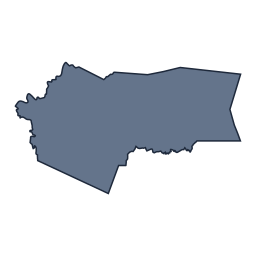 outline of Trinidad de Copan, Copán, Honduras
{"feature_id": "27666195B52553444667575", "entity_name": "Trinidad de Copan", "entity_type": "district", "adm_level": 2, "iso_a3": "HND", "parent_name": "Honduras", "parent_adm1": "Copán", "projection": "equal_earth", "projection_center": [-88.827, 14.944], "detail": "fine", "context": "isolated", "style": "filled", "palette": "slate", "viewbox_px": 256, "rotation_deg": 0, "n_neighbors": 0, "source": "geoboundaries", "source_scale": "gbopen_adm2", "svg_char_len": 5355}
<svg xmlns="http://www.w3.org/2000/svg" viewBox="0 0 256 256"><path d="M37.7,160.6L108.3,193.5L118.6,165.5L125.8,165.5L125.9,165.4L126.2,162.3L126.2,160.8L127.6,158.9L127.7,156.6L127.6,154.3L129.6,152.2L131.7,151.3L133.1,151.5L134.8,149.2L136.0,146.4L138.1,148.2L139.6,148.5L142.5,148.0L143.6,148.2L145.4,147.6L146.1,149.5L146.9,150.9L151.2,149.0L152.3,149.3L153.0,152.2L154.2,152.8L156.7,151.7L158.6,151.7L160.8,151.1L162.2,152.9L163.2,153.2L163.8,153.6L163.9,153.3L164.0,152.9L164.8,152.6L165.0,152.4L165.3,152.2L165.5,152.8L165.5,153.5L165.6,153.9L165.8,154.0L166.1,154.0L166.4,153.7L166.6,153.3L167.0,153.1L167.8,153.5L168.2,153.9L168.4,153.8L168.4,153.1L168.8,153.0L169.2,153.0L169.6,152.9L169.5,152.5L169.6,152.3L169.8,152.0L170.9,151.7L171.1,151.4L170.9,150.8L170.5,150.2L170.6,149.5L171.3,149.5L172.5,149.8L172.9,150.0L173.3,150.6L173.8,151.2L174.2,151.4L174.4,151.1L174.4,150.6L174.8,150.5L175.4,151.1L175.8,151.8L176.0,152.2L176.7,152.4L177.5,152.3L178.5,151.7L180.1,150.8L180.9,150.3L181.7,149.8L182.3,149.6L183.8,149.6L184.4,148.5L184.8,147.8L185.7,148.9L186.1,149.8L186.4,150.3L186.7,150.6L187.0,150.6L187.7,149.6L188.0,149.7L188.2,150.3L188.3,150.6L188.9,150.5L189.3,150.5L189.6,151.0L189.8,151.3L189.9,151.9L190.2,152.0L190.7,151.4L190.9,150.6L192.0,148.9L192.2,148.1L192.1,147.5L191.9,146.5L192.1,146.0L192.7,145.6L193.0,144.8L193.5,144.1L194.6,143.3L195.1,142.5L195.7,142.3L197.0,140.9L240.4,140.9L238.1,134.6L237.1,132.0L234.3,125.1L229.9,109.4L240.6,74.2L180.2,67.5L163.3,71.6L147.6,74.7L115.3,72.3L114.8,72.3L114.1,72.3L113.8,72.4L113.6,72.6L113.4,72.8L113.3,73.2L113.1,73.5L112.8,73.8L112.5,74.1L112.1,74.2L111.7,74.4L111.3,74.4L110.8,74.3L110.5,74.3L110.2,74.5L109.6,75.1L108.8,75.7L108.2,76.3L107.9,76.6L107.7,76.7L107.3,76.6L107.0,76.6L106.7,76.6L106.3,76.8L106.1,77.0L105.7,77.8L105.1,78.5L104.5,79.0L103.8,79.6L78.9,67.0L76.2,67.7L75.7,67.8L75.5,67.7L74.9,67.3L74.0,66.6L73.5,66.1L73.0,65.3L72.8,65.1L72.6,65.0L72.4,65.0L71.8,65.0L71.2,65.0L70.9,65.1L70.6,65.3L69.9,65.7L69.7,65.8L69.4,65.7L69.0,65.5L68.3,64.8L67.4,63.9L66.3,62.7L66.1,62.6L65.8,62.5L65.6,62.6L65.3,62.8L65.0,63.0L64.5,63.6L63.8,64.9L63.3,65.9L63.0,66.8L62.4,69.2L62.2,70.4L61.8,72.7L61.6,73.6L61.5,74.1L61.2,74.6L60.9,75.2L60.6,75.6L60.3,75.8L60.1,76.0L59.6,76.2L59.1,76.3L58.6,76.4L58.2,76.4L57.9,76.4L57.4,76.2L57.2,76.2L56.9,76.2L56.5,76.4L56.2,76.7L56.1,76.9L56.0,77.1L56.0,77.5L55.9,78.1L55.9,78.8L56.0,79.3L55.9,79.5L55.3,79.6L52.8,79.7L52.3,79.8L52.1,79.9L51.9,80.1L51.8,80.4L51.8,80.7L51.9,81.2L51.8,81.5L51.7,81.7L51.5,81.9L51.2,81.9L50.5,81.9L49.8,81.8L48.8,81.6L48.6,81.6L48.2,81.6L47.9,81.7L47.7,81.9L47.5,82.1L47.4,82.3L47.4,82.6L47.4,82.9L47.5,83.4L47.7,84.1L47.9,84.6L48.1,85.0L48.4,85.4L48.5,85.5L48.5,85.8L48.5,86.0L48.4,86.2L48.2,86.7L47.7,87.6L47.3,88.3L46.8,88.9L46.7,89.1L46.6,89.4L46.7,90.2L46.6,90.8L46.5,93.7L46.4,94.0L46.2,94.2L45.9,94.1L45.7,94.1L45.4,94.4L45.2,94.7L45.2,95.0L45.0,95.9L44.9,96.3L44.8,96.8L44.4,97.5L41.2,98.4L39.9,98.6L39.6,98.5L39.2,98.3L39.0,98.0L38.7,97.6L38.4,97.3L38.0,97.2L37.6,97.2L37.3,97.4L37.1,97.6L37.0,98.0L37.0,98.4L36.9,98.6L36.9,98.9L36.7,99.2L36.5,99.4L36.2,99.7L35.8,99.7L35.6,99.6L35.3,99.4L34.5,98.8L31.9,96.0L30.2,94.5L29.7,94.1L29.3,93.9L29.0,93.8L28.6,93.8L28.3,93.9L28.0,94.2L27.7,94.5L27.5,94.9L27.3,95.5L27.1,96.2L26.9,96.9L26.8,97.7L26.8,98.3L26.9,98.8L27.0,99.1L27.4,99.6L27.6,100.0L27.8,100.4L27.9,101.0L28.0,101.5L28.0,101.8L27.9,102.1L27.7,102.4L27.3,102.6L26.9,102.8L26.4,102.9L25.8,102.8L25.0,102.6L24.5,102.4L23.1,101.7L22.5,101.5L21.7,101.3L21.0,101.1L20.5,101.1L20.0,101.1L19.6,101.2L19.2,101.3L18.9,101.5L18.5,101.8L18.2,102.1L17.5,103.0L16.7,104.1L16.0,105.1L15.4,106.1L15.6,106.5L16.3,106.9L16.7,107.2L17.9,108.2L18.1,108.5L18.0,108.9L17.8,109.2L17.6,109.4L17.3,109.5L16.9,109.4L16.6,109.5L16.4,110.0L16.4,110.3L16.5,110.7L16.7,111.2L17.1,111.9L17.7,112.8L17.9,113.3L18.0,113.7L18.1,113.9L18.0,114.3L17.9,114.6L17.9,114.9L17.9,115.1L18.0,115.4L18.3,115.7L18.6,115.8L18.9,115.8L19.5,115.7L19.9,115.7L20.0,115.8L20.1,116.0L20.0,116.7L20.0,117.5L20.2,117.9L20.3,117.9L20.8,117.4L21.0,117.2L22.2,117.1L23.0,117.1L23.7,117.4L24.6,117.9L25.3,118.4L26.1,119.0L26.6,119.2L27.1,119.4L27.7,119.5L28.2,119.6L29.1,119.5L29.7,119.7L30.2,119.8L30.7,120.1L30.9,120.3L31.1,120.6L31.2,121.1L31.3,121.8L31.4,122.3L31.9,124.4L32.1,125.1L32.2,126.1L32.2,127.4L32.3,128.0L32.6,129.0L32.7,129.4L32.7,129.6L32.5,129.8L32.2,130.1L31.9,130.2L31.0,130.4L30.4,130.4L30.2,130.5L29.9,130.8L29.9,131.1L29.9,131.3L30.0,131.6L30.2,131.8L30.4,131.8L30.8,131.7L31.1,131.7L31.4,131.8L31.7,132.0L31.8,132.2L32.0,132.5L32.6,133.9L32.9,134.5L33.1,134.7L33.3,134.8L34.0,134.9L34.7,135.2L35.0,135.4L35.2,135.6L35.3,135.8L35.2,136.0L34.9,136.4L34.6,136.6L34.3,136.7L33.9,136.7L33.0,136.4L32.6,136.3L32.3,136.3L31.9,136.4L31.2,136.5L30.8,136.8L30.7,137.0L30.6,137.4L30.6,137.8L30.6,138.5L30.5,139.1L30.3,140.8L30.2,141.8L30.1,142.3L30.1,142.5L30.9,143.4L31.5,143.9L32.0,144.3L32.3,145.1L32.9,147.8L33.1,148.2L33.2,148.6L33.4,148.6L33.7,148.4L34.1,148.0L34.3,147.8L34.4,147.5L34.4,147.2L34.4,146.9L34.3,146.5L34.3,146.3L34.4,146.1L34.5,145.9L34.8,146.0L35.1,146.1L35.3,146.3L35.6,146.7L36.0,147.6L36.1,148.0L36.2,148.4L36.2,150.2L36.2,151.1L36.0,152.6L36.0,153.4L36.1,153.9L36.4,154.2L36.9,154.6L37.5,154.9L37.4,156.2L37.5,157.3L37.5,158.3L37.7,159.8L37.7,160.6Z" fill="#64748b" stroke="#1e293b" stroke-width="1.5"/></svg>